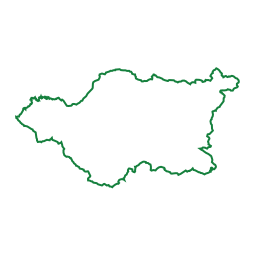 Bagua, Amazonas, Peru, rotated 89°
{"feature_id": "86281439B42703841252030", "entity_name": "Bagua", "entity_type": "district", "adm_level": 2, "iso_a3": "PER", "parent_name": "Peru", "parent_adm1": "Amazonas", "projection": "orthographic", "projection_center": [-78.445, -5.117], "detail": "fine", "context": "isolated", "style": "outline", "palette": "green", "viewbox_px": 256, "rotation_deg": 89, "n_neighbors": 0, "source": "geoboundaries", "source_scale": "gbopen_adm2", "svg_char_len": 5736}
<svg xmlns="http://www.w3.org/2000/svg" viewBox="0 0 256 256"><g transform="rotate(89 128 128)"><path d="M178.1,168.9L179.7,168.8L179.8,167.5L180.8,165.4L180.8,164.6L182.0,163.6L182.6,160.3L183.8,158.9L185.0,155.0L183.6,153.2L183.5,152.5L185.1,150.2L184.7,148.4L186.1,147.5L186.2,146.2L186.9,144.7L186.0,144.0L184.3,141.6L183.5,139.8L183.6,138.6L182.8,137.9L182.4,138.3L181.3,138.6L179.7,137.6L179.0,135.5L179.3,133.4L179.8,132.7L178.2,133.3L177.5,132.4L175.4,131.6L174.5,130.2L172.6,129.4L171.5,128.5L170.7,128.8L169.9,128.7L168.7,128.0L168.5,127.7L168.6,126.9L169.4,124.4L171.3,124.3L172.1,123.0L172.3,122.2L171.4,121.6L170.5,121.7L168.2,121.3L167.0,121.6L167.1,120.8L166.2,120.1L165.3,118.1L163.8,116.8L162.1,113.8L161.9,112.7L162.3,110.8L163.1,110.7L163.5,108.3L164.4,107.5L164.9,106.2L166.6,105.8L169.1,105.8L170.3,106.1L171.0,105.3L170.5,103.4L170.9,101.2L169.5,100.0L168.2,98.3L167.8,97.5L167.4,95.6L168.4,92.6L169.0,92.1L169.4,92.4L169.9,92.4L170.7,91.9L170.9,91.3L171.9,90.3L172.2,88.8L173.0,86.6L173.7,86.4L174.2,85.9L174.4,85.0L174.0,81.3L174.1,79.6L174.9,78.7L175.7,78.4L174.8,76.2L171.5,71.0L172.7,69.6L172.0,68.4L172.1,67.1L171.5,66.7L171.1,65.6L169.5,64.0L171.1,63.2L171.5,61.5L173.5,58.0L173.5,57.1L174.2,56.2L174.4,54.8L175.7,52.3L175.0,51.2L174.2,48.5L173.4,47.0L173.2,46.3L172.5,46.7L172.1,46.7L172.0,45.4L171.7,45.1L171.0,45.3L170.4,45.9L169.5,45.8L169.2,45.5L169.1,44.9L169.5,44.3L170.7,43.6L170.7,42.4L169.5,41.5L169.2,41.1L168.4,40.8L167.8,40.8L166.6,41.3L166.2,41.6L166.0,42.3L163.6,44.7L161.5,44.2L160.5,44.4L157.8,45.2L157.1,45.7L156.9,46.3L156.3,46.8L155.2,48.4L154.2,50.4L152.2,53.1L151.6,53.6L151.2,54.8L149.9,56.5L149.7,54.6L148.8,53.4L149.0,51.4L150.0,49.3L148.6,48.0L148.3,45.9L148.0,45.6L147.4,45.4L145.8,47.8L144.9,47.6L143.1,48.2L141.1,47.4L140.2,46.8L139.7,46.8L138.9,47.2L137.7,49.0L135.8,48.5L135.6,48.1L135.5,46.6L132.1,43.2L130.2,44.0L126.4,44.1L125.2,45.0L122.6,45.4L121.3,44.9L120.8,44.2L119.7,44.2L117.7,43.1L115.9,42.8L113.2,43.3L112.9,43.1L112.6,41.8L112.0,40.8L112.3,39.9L111.6,39.8L109.3,38.1L108.4,35.9L107.7,35.7L103.0,32.0L99.8,31.8L99.1,31.1L97.3,30.8L95.5,32.5L95.3,33.1L94.2,33.6L94.1,34.8L93.5,35.2L92.8,35.1L92.1,34.5L92.0,32.9L92.1,30.7L91.8,28.7L91.0,27.5L91.3,27.0L91.6,25.2L92.4,24.5L92.4,22.6L90.6,21.5L90.1,20.7L89.3,18.3L88.9,17.8L88.3,17.5L87.2,18.4L85.6,18.3L84.4,16.6L83.6,16.4L82.2,16.6L80.4,18.1L80.0,19.5L78.3,21.4L77.8,22.6L77.7,23.5L78.5,25.3L78.1,26.1L78.5,26.6L78.8,27.7L77.7,29.2L78.2,30.8L78.9,31.4L79.0,31.8L77.9,32.1L77.6,32.9L76.7,33.5L75.5,33.1L74.5,33.7L74.1,34.5L73.2,34.9L71.8,35.9L70.5,37.5L69.9,38.7L71.3,39.9L71.8,41.3L72.4,41.8L73.4,42.4L74.5,42.2L74.9,43.1L76.8,44.4L77.5,44.7L78.8,43.4L79.7,42.9L82.2,44.8L81.4,46.9L81.5,48.5L81.2,49.4L81.7,49.9L82.6,50.0L83.3,52.4L83.1,52.8L82.3,53.0L81.8,53.6L81.1,55.8L80.9,59.0L81.7,59.9L83.9,59.9L83.4,61.3L83.4,63.0L84.7,64.8L85.3,65.0L83.8,67.6L82.3,69.3L81.5,71.2L81.7,72.2L81.6,72.9L82.4,74.0L82.6,76.3L83.3,77.4L82.7,78.3L82.3,80.0L81.1,81.3L80.8,85.6L81.0,86.6L81.6,87.0L81.7,87.4L80.9,90.2L80.0,92.3L79.4,92.7L78.0,95.8L77.7,97.8L76.0,99.3L75.9,100.1L75.4,100.3L74.9,101.2L75.0,101.5L75.7,101.5L76.0,102.3L77.1,103.3L78.2,102.8L79.4,102.9L79.8,103.1L79.5,104.8L80.3,106.8L81.3,108.1L81.4,109.4L81.2,110.9L81.6,111.8L81.7,113.2L81.5,113.6L80.5,114.1L79.8,117.0L78.6,119.2L77.6,119.4L77.0,119.2L76.2,119.8L74.6,120.0L74.6,120.9L73.9,122.9L72.8,123.2L71.8,123.9L71.6,125.3L70.9,125.8L70.9,127.9L70.3,129.6L70.3,131.4L70.0,134.0L69.1,135.3L69.4,139.5L70.0,139.7L70.0,141.7L70.6,142.9L70.5,144.6L71.1,145.4L72.2,149.1L72.8,149.3L73.9,150.2L73.1,153.1L73.9,155.4L75.1,155.7L75.8,155.3L76.4,155.3L77.4,155.6L79.2,156.6L80.4,160.1L81.6,161.9L82.9,162.3L87.3,162.6L88.2,163.1L92.9,167.8L95.5,169.3L97.8,172.1L99.9,173.2L100.0,174.3L101.9,176.1L103.0,178.3L103.7,179.1L103.1,181.0L103.0,182.4L103.2,183.1L104.4,183.9L104.7,184.4L105.0,187.2L104.7,188.8L99.5,192.1L98.5,193.4L99.3,194.2L97.4,196.3L96.7,196.6L96.5,197.0L97.0,198.4L97.7,199.0L97.5,199.5L97.9,200.0L98.1,200.9L97.7,202.8L98.1,203.2L97.2,204.4L97.0,205.1L97.5,206.1L95.8,206.8L95.6,207.4L97.3,208.3L97.6,208.7L97.4,209.3L96.5,210.1L96.2,209.4L95.7,209.2L95.4,209.5L95.3,210.5L96.1,210.5L96.3,210.8L95.6,211.5L95.9,212.4L95.3,213.4L95.5,213.6L96.0,213.3L96.7,213.4L96.8,213.6L96.1,213.8L95.7,214.3L95.0,214.5L96.2,215.0L95.7,215.9L96.0,216.4L97.2,216.3L98.2,216.8L98.8,216.5L98.7,217.3L99.3,217.1L99.5,217.5L98.4,219.3L97.1,219.3L97.1,220.2L95.6,220.5L96.9,222.4L96.7,222.9L96.2,223.2L96.2,224.0L98.0,225.0L98.3,224.2L98.7,223.8L99.5,224.1L101.1,223.5L102.4,224.2L102.5,224.4L102.2,224.8L102.4,225.2L103.3,225.5L104.4,226.2L104.6,226.7L104.5,227.3L105.6,228.1L106.1,229.3L106.1,230.1L107.5,230.2L106.2,231.5L106.5,232.1L107.2,232.5L107.7,232.3L109.0,232.9L112.0,234.7L112.8,235.7L112.8,236.0L114.7,236.8L114.6,238.5L115.3,239.3L115.1,239.6L116.1,239.5L117.0,238.2L118.3,237.7L119.7,236.0L121.0,235.3L121.4,234.5L122.2,234.0L123.1,232.3L124.2,231.8L124.1,230.9L124.7,228.6L127.4,224.5L127.8,223.4L129.1,222.9L130.8,220.4L136.4,219.7L137.5,219.2L138.8,219.2L140.4,218.4L140.1,215.9L140.7,214.9L139.8,213.8L139.7,212.2L138.4,209.4L138.9,206.5L138.1,206.1L137.8,205.4L136.6,204.3L138.2,204.0L138.7,203.5L139.3,201.8L140.7,198.8L141.1,198.4L142.4,197.9L142.5,197.6L141.5,195.4L141.0,194.9L143.7,194.1L145.3,193.9L147.8,192.1L149.0,192.9L151.5,192.9L154.1,192.1L155.7,190.1L155.5,189.2L156.0,187.2L157.0,186.5L157.0,185.8L157.6,185.7L158.2,185.0L160.1,184.3L161.4,183.0L162.3,182.7L163.6,181.0L164.8,180.6L164.9,179.8L165.6,178.8L166.1,177.7L167.7,177.0L168.4,174.0L169.0,173.5L169.0,173.0L169.8,172.8L170.6,172.0L170.9,170.8L170.6,169.3L170.7,168.6L175.3,166.5L176.1,166.9L177.5,168.6L178.1,168.9Z" fill="none" stroke="#15803d" stroke-width="2"/></g></svg>